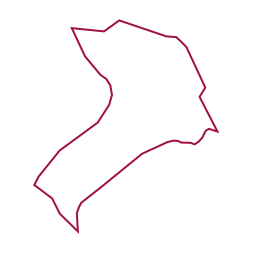 the border of Ptuj, rotated 274°
{"feature_id": "SVN-216", "entity_name": "Ptuj", "entity_type": "Municipality", "adm_level": 1, "iso_a3": "SVN", "parent_name": "Slovenia", "parent_adm1": "", "projection": "natural_earth1", "projection_center": [15.87, 46.441], "detail": "fine", "context": "isolated", "style": "outline", "palette": "rose", "viewbox_px": 256, "rotation_deg": 274, "n_neighbors": 0, "source": "natural_earth", "source_scale": "10m", "svg_char_len": 609}
<svg xmlns="http://www.w3.org/2000/svg" viewBox="0 0 256 256"><g transform="rotate(274 128 128)"><path d="M64.6,38.5L73.4,42.3L100.8,61.4L131.3,97.4L149.8,107.6L159.8,109.7L169.3,107.4L175.4,102.9L179.1,96.8L196.5,80.1L223.7,65.0L222.7,97.4L234.7,111.7L222.1,159.8L222.0,169.8L217.3,175.6L212.7,180.7L173.7,202.3L164.1,197.2L130.7,217.5L132.8,208.7L130.5,205.6L123.2,202.6L119.4,199.5L116.3,195.6L117.6,191.5L117.2,181.9L118.6,178.9L118.6,174.5L116.8,168.5L103.3,143.8L67.5,105.7L50.3,86.7L46.3,84.8L39.5,82.9L21.3,85.2L37.8,65.9L52.4,57.3L64.6,38.5Z" fill="none" stroke="#9f1239" stroke-width="2"/></g></svg>